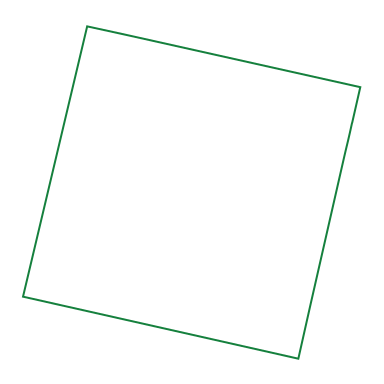 Wallace, Kansas, United States of America (orthographic projection), rotated 193°
{"feature_id": "52423323B26647811749037", "entity_name": "Wallace", "entity_type": "district", "adm_level": 2, "iso_a3": "USA", "parent_name": "United States of America", "parent_adm1": "Kansas", "projection": "orthographic", "projection_center": [-101.931, 38.916], "detail": "fine", "context": "isolated", "style": "outline", "palette": "green", "viewbox_px": 384, "rotation_deg": 193, "n_neighbors": 0, "source": "geoboundaries", "source_scale": "gbopen_adm2", "svg_char_len": 320}
<svg xmlns="http://www.w3.org/2000/svg" viewBox="0 0 384 384"><g transform="rotate(193 192 192)"><path d="M51.6,332.0L290.1,330.3L331.4,329.8L333.1,52.0L50.9,53.5L50.9,55.7L51.2,108.6L51.6,258.0L51.6,266.9L51.5,277.1L51.5,285.7L51.6,295.0L51.5,295.7L51.6,332.0Z" fill="none" stroke="#15803d" stroke-width="2"/></g></svg>